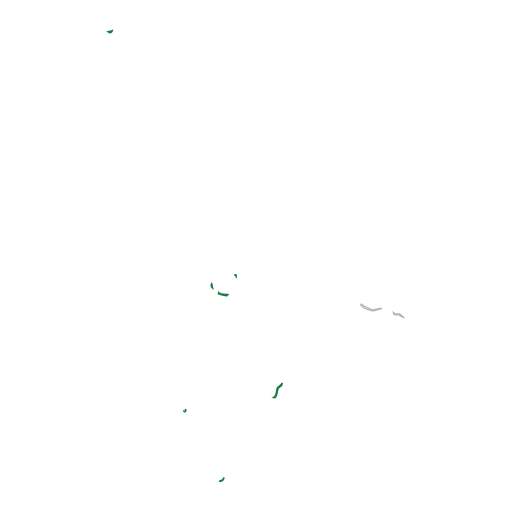 Railik Chain on a map of Marshall Islands (Robinson projection)
{"feature_id": "MHL-4968", "entity_name": "Railik Chain", "entity_type": "state/province", "adm_level": 1, "iso_a3": "MHL", "parent_name": "Marshall Islands", "parent_adm1": "", "projection": "robinson", "projection_center": [168.279, 8.142], "detail": "fine", "context": "in_parent", "style": "filled", "palette": "green", "viewbox_px": 512, "rotation_deg": 0, "n_neighbors": 0, "source": "natural_earth", "source_scale": "10m", "svg_char_len": 1738}
<svg xmlns="http://www.w3.org/2000/svg" viewBox="0 0 512 512"><path d="M364.5,306.2L372.0,309.7L382.0,308.1L380.4,309.1L376.7,310.1L374.2,310.9L372.5,310.9L370.5,310.6L364.1,308.2L360.5,305.0L361.4,303.9L364.5,306.2ZM276.3,395.5L275.1,397.6L273.6,397.4L274.9,395.9L275.8,393.7L277.3,387.7L280.2,385.5L282.3,382.9L281.8,385.6L278.5,388.3L276.3,395.5ZM393.1,312.3L395.3,313.8L399.7,313.7L403.9,317.5L402.3,317.2L400.0,315.6L398.0,314.9L395.3,315.1L394.0,314.5L393.1,312.3ZM227.8,294.5L226.9,295.6L221.1,295.0L218.5,293.6L218.7,292.7L223.3,293.6L227.8,294.5ZM111.4,32.1L109.9,32.5L108.7,32.1L109.5,31.2L111.3,31.0L112.0,31.3L111.4,32.1Z" fill="#d9dde1" stroke="#a8b0b8" stroke-width="1"/><path d="M273.6,397.5L274.8,396.7L275.2,396.3L275.6,395.7L276.0,394.8L276.5,392.8L276.9,389.6L277.5,387.8L278.8,386.6L280.2,385.5L281.3,384.4L282.3,383.0L281.5,385.5L278.1,388.1L277.3,390.7L277.1,392.8L276.3,395.6L275.1,397.6L273.6,397.5ZM223.5,294.6L227.8,294.6L226.9,295.7L225.5,295.6L222.8,294.9L219.7,294.2L218.5,293.7L218.7,292.7L219.6,293.7L221.0,294.1L222.3,294.5L223.5,294.6ZM112.2,30.7L111.6,31.9L110.5,32.6L109.2,32.6L108.1,31.7L110.3,31.4L112.2,30.7ZM212.6,288.0L211.8,287.4L211.3,286.2L211.2,284.9L211.7,283.9L212.0,284.8L212.3,287.1L212.6,288.0ZM219.1,481.3L222.1,480.1L222.7,479.6L224.1,477.5L223.5,479.2L222.5,480.5L221.0,481.2L219.1,481.3ZM236.0,276.4L236.1,276.0L236.1,275.7L235.7,275.2L235.1,275.0L234.3,274.9L234.7,274.8L235.1,274.7L235.6,274.8L236.0,275.0L236.2,275.6L236.2,275.8L236.2,276.1L236.1,276.6L236.0,276.4ZM184.0,411.3L184.0,411.2L184.3,411.4L184.8,411.5L185.2,411.4L185.4,410.8L185.6,410.2L185.5,409.7L185.4,409.1L185.8,409.9L185.6,411.1L184.9,411.8L184.0,411.3Z" fill="#22c55e" stroke="#15803d" stroke-width="1.5"/></svg>